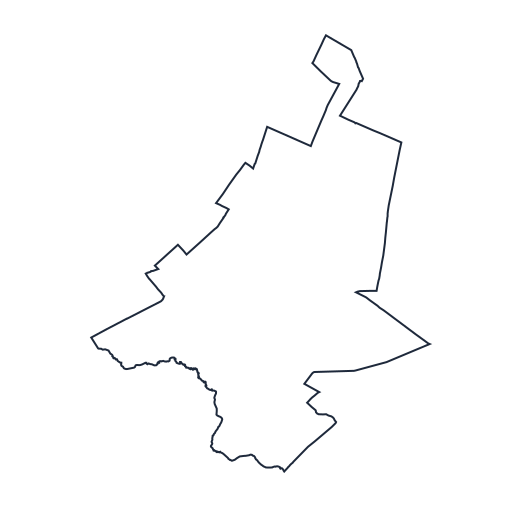 outline of Poeni, Teleorman, Romania, rotated 357°
{"feature_id": "2599482B3126151009527", "entity_name": "Poeni", "entity_type": "district", "adm_level": 2, "iso_a3": "ROU", "parent_name": "Romania", "parent_adm1": "Teleorman", "projection": "albers", "projection_center": [25.327, 44.433], "detail": "fine", "context": "isolated", "style": "outline", "palette": "slate", "viewbox_px": 512, "rotation_deg": 357, "n_neighbors": 0, "source": "geoboundaries", "source_scale": "gbopen_adm2", "svg_char_len": 6119}
<svg xmlns="http://www.w3.org/2000/svg" viewBox="0 0 512 512"><g transform="rotate(357 256 256)"><path d="M424.8,353.0L423.4,352.3L420.0,349.5L411.2,342.4L380.6,316.9L376.7,314.1L374.9,312.2L367.4,306.2L364.3,303.5L363.5,302.9L354.0,297.5L355.6,296.9L358.0,296.5L368.2,296.8L374.6,297.1L375.4,293.5L376.3,289.9L377.1,286.9L377.8,285.1L378.5,282.0L378.8,280.0L380.3,274.1L381.4,269.0L383.1,262.3L385.4,249.8L386.1,244.4L386.9,239.5L388.4,229.1L388.5,228.9L389.2,224.4L389.5,223.4L389.7,220.0L389.9,219.3L389.9,218.9L391.2,212.4L396.2,193.2L398.1,185.0L405.0,157.8L407.1,150.2L385.8,139.6L379.6,136.7L363.0,128.4L362.2,128.7L361.9,128.2L361.2,127.6L355.3,124.7L347.2,120.3L365.2,95.0L365.3,94.7L365.7,93.9L366.9,91.9L367.6,89.2L368.6,87.8L369.0,86.7L370.2,86.6L370.8,86.9L372.2,84.6L369.2,76.6L368.3,73.6L367.8,73.0L366.9,69.0L366.4,67.9L366.3,67.0L364.9,63.2L364.4,62.3L361.9,55.4L337.4,39.3L335.1,43.1L332.2,48.7L326.8,58.5L323.6,64.7L322.4,66.3L330.4,75.1L339.4,84.5L340.4,85.4L342.0,86.3L348.1,88.5L335.5,109.1L334.2,111.8L333.4,114.0L330.4,120.2L328.4,124.1L318.3,144.9L316.5,149.1L273.9,127.6L268.9,140.8L268.5,141.6L267.3,144.6L266.4,147.2L265.2,150.1L264.6,152.3L263.0,155.9L260.1,163.6L259.5,164.0L257.7,168.5L254.3,165.4L250.3,162.4L248.6,164.2L244.5,169.3L240.6,173.6L232.9,183.3L226.2,192.3L218.9,201.1L222.9,203.1L224.5,204.2L228.9,206.5L231.2,208.0L228.1,212.3L227.7,213.3L226.8,214.5L225.5,215.7L225.7,216.0L221.6,221.3L219.3,224.6L217.8,225.9L216.1,227.0L212.0,230.3L200.7,239.6L186.7,250.9L183.8,246.9L178.6,240.7L154.5,260.3L157.7,263.9L152.4,265.5L150.4,265.6L150.1,266.1L148.9,266.6L148.1,266.7L147.3,267.0L146.6,267.0L146.3,267.3L145.0,267.8L146.1,270.0L148.0,273.1L148.3,273.3L154.7,281.6L156.3,284.0L159.0,287.2L159.8,288.3L160.6,289.8L161.4,290.7L161.8,291.6L162.0,291.6L161.0,293.8L160.5,294.6L158.9,296.1L158.4,296.4L123.8,311.9L123.7,311.8L103.2,321.2L87.2,328.8L93.5,340.0L94.1,340.3L96.5,340.5L98.0,341.5L100.5,341.3L103.8,342.7L105.4,345.8L107.1,347.1L107.5,347.8L107.6,348.2L107.3,348.7L108.1,349.5L108.3,350.6L108.8,350.8L109.3,350.4L109.6,350.5L110.3,351.3L110.6,352.0L110.9,352.0L111.4,351.8L111.8,351.9L112.3,353.4L113.4,354.4L114.3,354.9L114.8,355.4L115.9,355.5L115.8,356.8L115.6,357.4L115.8,358.4L116.4,359.0L117.4,359.6L118.2,361.2L119.1,361.7L120.3,362.1L121.7,362.1L128.4,361.1L129.3,360.5L130.0,359.0L130.3,358.8L131.4,358.6L133.8,358.9L134.9,358.8L136.7,358.3L140.1,356.8L140.9,356.9L140.9,357.6L141.9,358.4L143.2,357.7L144.7,358.4L146.4,358.7L148.7,359.9L150.6,359.9L151.9,358.9L152.0,358.7L151.8,358.4L151.9,358.1L152.4,357.2L152.8,356.9L153.2,356.9L153.3,357.0L153.3,357.4L153.5,357.6L153.8,357.6L153.9,357.3L153.7,356.6L153.8,356.3L154.1,356.1L155.6,356.0L156.1,356.3L157.8,355.9L159.2,356.5L160.0,356.6L160.7,356.8L161.8,356.5L163.0,356.7L163.6,356.4L164.2,356.0L164.4,354.6L164.5,354.2L165.1,353.6L166.3,353.1L167.3,353.0L168.6,353.1L169.1,353.3L169.2,353.6L169.3,354.5L170.0,354.2L170.2,354.3L170.3,354.7L170.2,355.2L169.9,356.2L170.0,356.6L170.8,357.4L171.1,358.5L173.0,359.4L174.3,359.7L174.6,359.3L174.6,357.9L175.4,357.9L175.6,358.1L175.7,358.8L175.8,359.2L176.8,359.6L177.0,360.1L177.4,360.2L177.7,360.8L178.3,360.9L178.9,361.3L179.0,361.3L179.3,360.8L179.5,361.0L179.6,361.6L179.4,362.4L180.3,363.0L180.4,363.8L180.8,363.9L181.5,363.8L182.0,364.1L182.7,364.1L183.5,365.1L184.9,365.7L185.3,365.5L185.1,364.6L185.6,364.6L186.1,364.8L186.8,366.0L187.1,366.3L187.8,366.0L187.9,365.3L188.0,365.1L189.5,365.9L189.9,365.8L189.9,365.2L190.7,365.6L191.1,366.1L191.0,366.7L191.3,367.3L191.4,368.7L191.9,369.1L191.9,369.6L192.5,369.7L192.7,370.1L192.7,370.5L192.1,371.2L192.1,371.7L192.1,372.0L192.5,372.7L192.7,373.6L191.9,373.9L191.9,374.1L191.9,374.4L192.5,375.1L193.8,375.5L194.8,376.6L195.3,377.5L196.8,378.2L197.0,378.4L197.0,379.1L197.2,379.4L197.5,379.5L198.6,378.8L199.0,379.0L199.2,380.2L198.9,381.0L199.4,382.0L199.7,382.7L199.6,383.0L198.8,383.0L198.7,383.1L198.8,383.5L199.9,384.9L200.3,385.6L201.3,386.1L202.4,387.0L203.4,387.4L203.8,387.4L204.7,386.8L204.9,386.8L205.0,387.0L204.9,387.8L205.2,388.2L206.1,388.1L207.1,388.2L208.9,389.2L209.0,389.7L208.8,391.3L207.8,393.1L207.0,395.2L207.0,395.7L207.4,396.8L207.5,397.3L206.8,399.7L207.0,401.6L208.8,406.3L208.7,408.7L208.4,411.0L208.2,412.2L208.3,412.5L208.9,413.2L210.4,414.1L211.4,414.5L212.5,415.2L213.4,416.2L213.6,416.7L213.7,417.5L212.9,419.6L212.4,420.7L211.8,421.4L210.5,423.9L210.2,424.3L209.5,424.6L208.6,426.6L206.5,429.0L206.1,429.7L205.9,430.4L204.7,431.5L204.5,431.9L204.2,432.7L203.9,433.0L203.4,433.1L203.2,433.4L203.2,434.3L202.8,435.6L202.8,437.2L201.9,439.3L202.5,440.7L202.5,441.2L202.2,441.8L201.1,443.2L201.0,443.6L201.2,444.3L202.6,445.7L203.0,446.8L203.0,447.0L203.4,447.6L203.5,448.1L203.8,448.1L203.9,447.6L204.2,447.7L204.8,448.5L205.7,448.7L206.2,449.6L206.5,449.8L207.2,449.8L207.1,449.5L207.2,449.3L209.0,450.1L209.2,449.8L209.6,449.9L210.1,449.7L210.3,450.1L210.8,450.5L212.1,451.1L213.3,452.1L217.4,456.2L217.9,457.2L219.0,457.9L219.3,458.3L219.9,458.3L220.9,459.1L221.3,459.2L224.1,458.4L226.5,456.8L229.3,455.3L233.5,455.0L235.3,455.0L238.7,454.6L240.0,454.1L240.6,454.1L240.9,454.3L241.6,454.4L242.5,455.3L243.3,455.5L243.7,455.8L244.6,457.1L244.7,458.0L245.2,458.7L245.3,459.1L245.8,459.4L246.6,460.2L247.3,461.4L248.4,462.8L250.6,465.0L251.5,465.5L251.9,466.0L252.7,466.6L253.8,467.1L254.6,467.6L255.9,467.8L259.0,468.0L261.1,468.0L262.0,467.6L263.6,467.2L264.0,467.2L264.3,467.4L265.9,467.1L266.7,467.2L268.0,467.7L269.1,468.4L269.1,468.8L269.0,469.4L269.3,469.7L270.3,469.3L270.9,469.4L271.8,470.5L272.5,472.1L272.9,472.7L276.7,469.0L277.1,468.4L278.0,467.8L279.0,466.6L280.6,465.2L281.7,464.5L282.6,463.4L298.0,449.2L304.7,444.4L322.7,430.7L326.7,427.1L327.3,426.0L326.0,424.2L325.2,422.3L324.4,421.3L322.9,420.1L320.0,419.1L317.8,417.7L314.7,417.7L310.3,417.3L308.8,416.5L307.7,415.1L307.6,413.6L307.4,413.1L303.7,409.7L299.4,405.2L302.2,402.5L302.3,402.3L304.7,400.2L307.0,398.6L310.6,395.8L312.0,395.2L297.6,386.2L305.8,376.4L306.4,375.8L307.5,375.1L308.3,374.9L347.8,375.8L349.2,375.6L380.8,368.8L424.8,353.0Z" fill="none" stroke="#1e293b" stroke-width="2"/></g></svg>